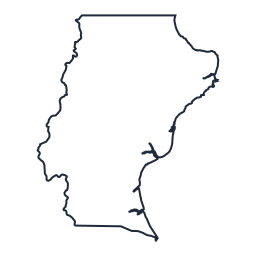 the border of Santa Cruz
{"feature_id": "ARG-1271", "entity_name": "Santa Cruz", "entity_type": "Province", "adm_level": 1, "iso_a3": "ARG", "parent_name": "Argentina", "parent_adm1": "", "projection": "mercator", "projection_center": [-69.587, -49.195], "detail": "fine", "context": "isolated", "style": "outline", "palette": "slate", "viewbox_px": 256, "rotation_deg": 0, "n_neighbors": 0, "source": "natural_earth", "source_scale": "10m", "svg_char_len": 5714}
<svg xmlns="http://www.w3.org/2000/svg" viewBox="0 0 256 256"><path d="M75.8,56.7L76.6,56.3L77.0,55.4L77.0,54.5L76.7,53.6L76.3,52.9L74.2,51.5L73.7,50.9L73.8,50.2L75.3,49.3L75.8,48.7L74.5,47.0L74.9,44.6L75.3,43.9L75.3,43.6L74.9,42.8L75.0,42.5L75.3,42.0L77.1,41.9L77.6,41.7L79.0,40.0L80.2,39.2L81.0,38.4L81.2,37.3L80.8,34.9L81.2,33.3L81.1,32.6L79.5,28.4L79.3,27.3L79.3,24.4L79.3,23.5L78.8,22.8L75.9,20.6L75.8,20.4L75.8,20.1L76.3,19.8L78.6,19.4L79.1,19.1L80.2,17.3L81.9,15.4L175.4,15.4L174.5,18.7L174.4,20.8L175.5,26.1L176.3,28.7L179.0,34.3L181.0,36.2L182.9,36.8L183.4,37.7L184.3,38.4L185.3,38.6L185.8,38.9L186.1,39.9L186.9,40.6L188.0,42.7L188.8,42.9L189.0,43.4L191.4,46.0L192.8,48.2L193.7,49.0L195.7,50.1L196.6,50.0L197.3,50.5L198.2,50.2L198.7,50.4L200.1,50.2L201.6,50.8L202.9,50.7L203.5,51.0L207.1,51.8L209.8,51.6L211.1,51.0L212.2,51.0L213.6,51.9L214.5,52.0L215.0,52.6L215.3,53.5L217.6,55.7L217.4,56.3L218.3,60.3L218.0,62.6L217.8,66.0L215.3,74.0L214.8,74.2L214.2,74.3L211.0,73.9L209.6,75.5L206.9,76.9L205.5,78.0L204.9,78.1L202.8,78.1L203.9,78.5L204.8,78.4L206.6,77.4L208.4,76.9L210.6,75.7L211.2,75.0L212.3,74.7L214.0,74.9L214.4,75.4L215.1,78.7L215.7,79.3L217.2,79.8L216.6,80.2L216.5,80.6L217.2,81.0L215.5,81.5L215.3,80.9L214.1,80.5L213.4,80.8L213.0,81.5L212.9,82.1L213.4,82.5L213.2,83.4L213.0,83.7L212.9,84.1L212.5,84.4L212.6,84.8L213.2,85.3L214.0,85.5L214.1,86.1L213.7,86.7L213.0,86.9L212.8,86.4L212.4,86.2L212.0,86.5L210.3,86.6L209.3,87.1L208.7,87.5L208.5,88.3L208.1,89.2L206.3,90.0L205.7,91.2L204.8,91.5L204.5,91.9L204.0,92.7L203.6,93.9L203.9,95.0L203.6,95.1L201.4,94.9L201.0,95.4L201.1,95.9L201.0,96.6L200.2,97.1L199.2,97.4L196.8,97.7L195.8,98.5L194.5,99.2L194.0,99.9L193.1,100.5L192.5,101.4L192.0,101.7L191.8,103.2L190.7,103.7L189.1,104.0L187.7,105.1L186.1,106.1L185.6,106.8L185.4,108.5L184.5,109.5L184.2,111.2L183.1,112.1L181.4,112.9L179.4,114.2L176.0,118.1L175.5,119.2L175.0,121.3L174.2,122.1L174.2,123.0L174.6,123.2L174.7,123.8L173.8,124.4L173.4,125.4L173.2,126.2L172.6,126.9L171.9,127.2L172.6,128.2L172.4,128.6L171.3,129.3L171.6,129.5L171.6,130.0L171.0,130.7L169.7,130.9L169.6,131.1L170.0,131.3L172.1,131.3L172.7,130.6L173.1,129.3L173.0,128.4L173.4,127.9L173.5,126.9L174.1,126.2L174.5,126.3L174.8,126.8L174.7,128.9L173.7,130.8L172.7,136.3L172.3,141.2L172.4,141.7L171.9,145.1L171.0,148.3L169.6,151.3L168.2,152.8L164.0,156.0L161.9,157.0L159.8,157.4L157.9,157.1L157.1,155.9L156.6,155.6L156.1,154.7L155.1,152.2L154.6,151.5L153.8,150.8L153.3,149.9L152.7,147.9L152.1,147.0L150.7,144.3L149.8,143.5L148.8,143.2L150.2,144.2L150.5,144.6L150.6,145.2L152.1,147.8L152.5,149.4L152.5,150.3L151.4,151.2L150.3,151.8L149.6,151.8L148.7,151.6L147.3,151.8L145.6,151.6L144.8,152.2L144.0,152.6L143.4,152.6L142.5,153.2L142.5,153.5L144.7,153.3L145.5,152.6L146.4,152.2L148.1,152.3L150.3,152.7L152.4,151.8L152.9,152.2L153.1,152.9L153.8,153.5L154.0,155.1L154.4,155.8L155.5,156.8L156.1,156.9L156.5,157.1L156.8,157.5L157.4,157.7L157.7,158.2L157.4,159.0L156.7,159.3L155.7,160.1L148.8,163.4L148.1,163.3L147.6,163.8L147.5,164.3L146.5,164.6L146.1,164.5L145.6,164.8L145.5,165.6L145.1,165.9L143.4,168.3L141.0,173.1L140.9,174.7L140.0,177.4L139.3,179.7L139.4,180.3L139.7,181.2L139.9,183.5L139.8,184.6L139.6,185.5L138.0,186.7L136.8,188.1L134.8,189.7L133.8,190.8L133.3,192.1L136.2,189.6L138.3,188.3L138.9,188.3L139.1,188.9L139.2,189.6L140.3,195.8L140.4,196.9L140.8,197.7L141.0,199.2L141.3,200.8L143.6,207.4L143.8,209.0L143.6,209.6L143.2,210.1L142.3,209.8L141.7,209.8L141.2,210.1L140.5,211.1L140.0,211.3L138.8,211.1L136.2,209.6L134.1,209.5L133.2,210.0L131.3,210.4L130.2,211.3L128.6,212.0L133.6,210.8L134.7,210.7L135.8,210.9L139.2,212.4L139.0,213.0L137.7,214.1L137.7,214.3L138.2,214.3L140.5,213.1L142.1,211.6L142.8,211.5L143.4,211.9L144.3,212.8L145.7,217.0L146.8,218.7L148.5,222.8L150.0,226.2L157.4,237.5L157.6,238.2L157.4,238.7L156.4,239.9L156.2,240.5L155.8,240.6L155.6,240.2L155.7,239.7L155.5,239.0L155.5,237.6L155.3,237.2L152.6,236.5L151.5,235.9L146.9,235.1L142.6,232.7L137.9,231.1L131.6,230.9L120.9,226.3L75.7,225.6L74.6,224.9L74.7,223.3L75.0,222.1L74.8,221.1L74.2,220.2L72.1,217.7L70.5,216.3L69.5,215.6L67.3,214.9L66.9,214.5L66.6,213.8L66.4,211.7L66.2,211.1L65.7,210.5L63.9,210.2L63.5,209.4L64.1,208.2L65.7,206.5L65.7,205.2L66.2,204.1L66.4,203.4L66.4,200.5L66.6,200.0L67.9,198.0L67.9,197.5L67.5,197.0L65.8,195.8L65.0,194.9L64.5,193.7L64.5,192.9L64.7,192.4L66.0,190.4L67.1,190.1L67.4,189.3L67.7,187.6L67.9,184.5L67.8,183.1L67.3,182.1L66.0,180.3L65.8,179.7L65.8,179.2L66.8,176.9L66.8,176.3L65.0,175.2L62.2,174.5L61.2,175.0L59.6,176.9L58.6,177.0L58.1,176.7L56.9,175.4L56.4,175.1L55.9,175.2L53.1,176.9L52.2,177.6L50.6,179.5L49.6,180.2L48.6,180.7L47.6,180.7L46.7,179.9L46.5,178.7L46.6,177.3L46.4,176.0L45.2,174.1L44.9,173.5L44.8,172.9L44.8,170.8L44.5,168.2L44.5,166.0L44.3,164.9L43.4,162.5L42.9,161.6L41.5,160.7L38.6,158.0L38.4,157.0L38.6,155.9L39.8,153.7L39.8,153.2L39.3,152.1L37.7,150.5L37.8,150.1L38.4,149.1L38.5,147.5L39.7,146.2L40.2,145.3L40.1,144.3L46.3,141.6L49.4,137.1L49.5,134.3L48.9,132.4L48.1,131.3L48.3,128.4L48.6,126.9L47.1,126.6L46.6,125.9L46.6,125.0L46.9,124.2L48.4,122.2L48.6,121.8L48.7,120.3L49.0,119.6L50.6,117.2L51.5,116.3L52.6,115.8L54.8,115.6L55.9,115.2L56.7,114.5L59.6,111.2L60.2,110.2L60.4,109.1L60.5,107.8L60.4,104.1L59.9,102.2L59.7,100.4L60.6,98.4L62.4,97.1L63.9,96.6L64.2,96.3L65.3,94.8L65.9,94.7L66.6,94.9L66.9,94.8L67.0,94.3L66.3,92.6L66.7,90.1L66.1,85.9L65.9,85.2L64.9,84.8L64.7,84.6L64.6,83.6L64.2,83.1L62.8,82.6L62.1,81.9L61.5,80.9L61.3,79.9L62.3,77.8L63.3,74.2L65.5,70.3L65.9,69.2L66.5,66.1L66.4,65.7L65.3,64.8L65.5,64.0L66.3,63.2L67.2,62.8L69.0,63.0L69.5,62.9L69.9,62.6L72.5,59.3L72.9,58.5L73.1,57.9L72.8,56.1L72.9,55.7L73.1,55.4L73.6,55.5L75.1,56.5L75.8,56.7Z" fill="none" stroke="#1e293b" stroke-width="2"/></svg>